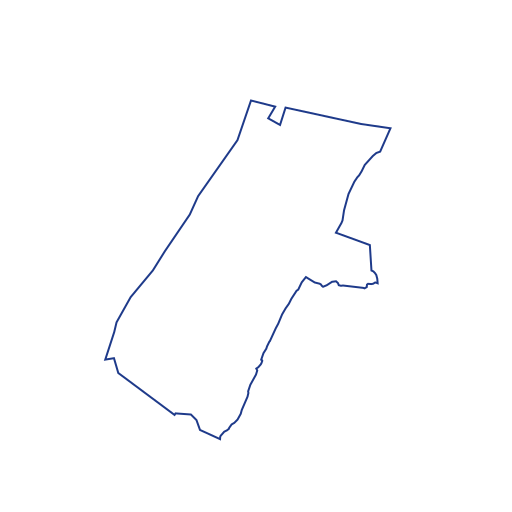 Giles, Virginia, United States of America (Albers equal-area conic projection), rotated 146°
{"feature_id": "52423323B66517742770960", "entity_name": "Giles", "entity_type": "district", "adm_level": 2, "iso_a3": "USA", "parent_name": "United States of America", "parent_adm1": "Virginia", "projection": "albers", "projection_center": [-80.724, 37.315], "detail": "fine", "context": "isolated", "style": "outline", "palette": "blue", "viewbox_px": 512, "rotation_deg": 146, "n_neighbors": 0, "source": "geoboundaries", "source_scale": "gbopen_adm2", "svg_char_len": 1470}
<svg xmlns="http://www.w3.org/2000/svg" viewBox="0 0 512 512"><g transform="rotate(146 256 256)"><path d="M412.4,169.8L410.7,170.5L398.6,161.0L397.1,153.3L399.7,143.1L388.2,124.3L386.9,126.0L385.9,126.7L380.6,128.1L377.6,127.7L375.1,127.9L374.4,128.5L370.4,130.0L367.3,129.8L362.8,130.7L356.9,133.7L353.9,136.3L341.7,144.1L338.9,146.7L338.2,148.2L332.7,152.4L322.3,157.7L319.0,160.4L318.7,162.5L316.3,162.5L312.6,163.5L311.3,164.2L309.4,165.6L309.3,166.3L309.7,167.1L304.1,171.3L299.3,173.4L297.4,174.9L292.7,177.6L292.2,177.6L279.9,185.1L275.5,187.4L267.0,193.0L260.6,196.1L255.5,198.0L250.5,200.8L246.5,202.5L241.8,204.5L239.8,204.5L232.8,208.6L226.4,210.6L222.3,201.6L222.2,201.3L218.7,197.4L218.1,196.1L218.1,194.5L217.6,193.0L213.7,192.2L208.4,192.1L207.4,192.1L203.8,190.3L203.2,187.7L203.7,185.5L202.2,183.8L200.4,182.9L184.9,169.6L184.1,168.5L181.6,168.3L180.0,170.2L178.7,170.3L176.0,168.2L174.4,167.5L172.0,167.4L171.2,166.5L171.1,166.4L170.4,165.4L168.2,169.3L166.9,173.0L166.9,175.3L167.3,177.6L168.4,179.4L155.5,201.4L176.7,230.6L166.7,235.6L164.4,237.1L157.4,244.7L144.6,255.7L132.9,262.6L128.0,264.6L125.4,265.2L121.0,267.2L114.9,270.7L103.2,273.6L98.6,274.1L94.7,273.1L73.1,286.7L95.1,306.7L148.5,362.5L162.8,351.2L168.9,363.3L156.6,369.1L173.2,387.7L206.6,362.4L270.5,338.0L287.7,327.4L328.7,311.0L349.6,301.7L382.9,292.0L408.7,279.0L416.1,272.2L438.9,254.4L430.9,250.7L435.6,236.0L412.4,169.8Z" fill="none" stroke="#1e3a8a" stroke-width="2"/></g></svg>